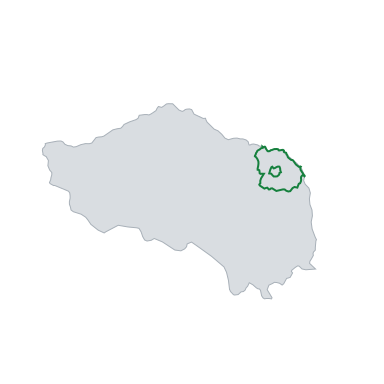 location of Baranya within Hungary, rotated 219°
{"feature_id": "HUN-3155", "entity_name": "Baranya", "entity_type": "County", "adm_level": 1, "iso_a3": "HUN", "parent_name": "Hungary", "parent_adm1": "", "projection": "albers", "projection_center": [18.29, 46.076], "detail": "fine", "context": "in_parent", "style": "outline", "palette": "green", "viewbox_px": 384, "rotation_deg": 219, "n_neighbors": 0, "source": "natural_earth", "source_scale": "10m", "svg_char_len": 4319}
<svg xmlns="http://www.w3.org/2000/svg" viewBox="0 0 384 384"><g transform="rotate(219 192 192)"><path d="M303.6,109.9L307.6,109.2L307.7,109.3L308.7,109.6L309.5,112.5L310.7,114.5L311.7,117.0L313.2,118.9L316.4,119.5L320.5,121.7L323.4,126.1L327.5,127.7L327.7,127.8L328.5,127.5L331.4,127.2L332.0,128.1L334.4,130.1L335.4,132.0L335.0,134.1L335.6,136.4L336.5,137.2L335.5,138.8L328.5,147.0L325.8,149.2L323.8,149.7L320.8,149.1L317.7,149.9L315.0,151.7L312.4,152.3L310.5,154.4L308.2,158.8L305.3,162.5L302.2,164.9L300.7,167.0L300.8,173.9L299.2,175.9L296.9,178.1L295.7,179.9L292.6,190.5L290.0,194.0L287.5,196.7L287.2,199.1L287.3,201.8L284.6,207.3L281.0,213.1L280.3,215.4L281.3,218.4L277.7,222.2L275.6,223.9L273.9,224.8L272.9,227.1L271.2,232.6L271.8,235.0L271.9,237.3L268.8,238.7L268.0,241.2L267.3,244.3L266.0,245.7L262.5,248.4L253.6,247.5L250.3,248.5L249.4,250.3L249.2,251.8L248.1,253.2L246.2,255.0L244.1,255.8L239.4,253.8L229.6,256.2L227.9,257.8L226.5,256.8L224.3,255.8L214.3,254.8L210.4,255.9L205.2,255.6L200.3,254.6L196.7,255.5L193.6,259.8L192.0,261.3L190.8,262.3L188.0,263.6L185.8,265.3L182.7,266.5L180.0,266.4L177.4,264.5L176.5,265.0L175.7,266.7L174.3,268.1L170.4,270.0L169.4,269.9L169.2,269.9L166.3,271.3L161.4,272.0L158.9,271.5L154.5,277.5L153.1,278.6L148.9,280.4L145.4,281.3L142.4,280.6L141.3,280.5L128.0,280.2L121.1,278.9L116.7,276.6L113.8,273.9L112.4,271.1L109.0,269.3L103.6,268.6L99.4,265.7L96.5,260.6L92.5,256.5L87.4,253.5L83.4,249.2L80.5,243.7L75.3,238.8L67.6,234.3L65.3,233.3L64.9,231.9L61.2,226.4L59.6,224.4L59.8,221.7L59.1,220.2L57.8,219.1L57.1,215.2L56.8,212.4L55.7,210.5L47.5,209.9L54.6,203.2L58.1,201.4L62.0,201.8L63.3,201.2L63.7,200.2L64.4,198.0L64.8,195.9L65.2,193.9L64.8,192.8L62.9,192.4L62.0,187.5L63.1,185.7L64.1,184.4L63.0,178.4L63.4,176.4L66.5,176.2L69.1,175.0L71.2,173.6L71.8,171.7L73.6,168.0L72.1,163.4L63.3,160.2L62.9,159.0L65.0,157.8L67.2,156.0L68.5,154.6L70.2,154.4L72.6,155.2L76.8,158.6L78.4,159.1L80.0,158.2L81.7,158.0L86.4,158.2L90.4,157.5L89.5,153.9L89.6,151.3L89.0,149.3L89.4,147.0L91.0,145.3L91.6,141.3L94.1,138.7L95.2,138.3L99.6,138.9L100.6,139.6L101.3,139.7L108.1,146.3L114.6,151.3L120.0,153.9L127.9,154.1L136.3,154.3L150.3,153.5L160.8,152.8L161.5,151.6L163.1,148.6L161.8,146.1L161.9,143.2L163.6,139.3L168.8,136.1L183.6,134.6L192.1,132.1L193.3,128.8L196.1,125.6L198.6,124.9L202.2,126.3L206.5,129.0L210.3,130.4L212.4,129.4L219.8,124.5L228.4,119.7L233.9,106.9L234.5,104.9L240.9,103.3L250.2,103.2L255.1,104.7L258.7,105.5L264.1,105.0L271.8,102.0L274.7,101.9L277.0,103.8L279.5,105.3L281.2,107.3L282.6,110.1L283.3,111.1L284.5,112.5L286.5,114.4L288.5,114.9L302.8,110.7L303.6,109.9Z" fill="#d9dde1" stroke="#a8b0b8" stroke-width="1"/><path d="M123.4,280.1L123.4,279.8L122.5,278.3L121.2,277.4L115.9,275.7L114.9,275.6L114.5,275.4L114.5,275.0L115.7,275.1L116.7,274.5L116.8,272.7L116.1,271.4L114.9,270.3L114.0,268.7L113.5,266.8L114.2,265.6L112.9,261.7L115.5,260.4L116.3,258.4L116.2,254.5L117.5,253.0L119.5,252.3L121.6,252.3L123.0,251.2L127.1,245.9L132.0,245.3L132.9,244.4L133.2,243.0L134.0,242.3L135.1,242.6L136.3,242.7L137.1,241.6L137.9,240.2L143.0,239.7L144.3,240.0L144.5,240.8L144.4,241.8L146.0,243.7L146.9,246.0L147.6,251.4L149.3,250.1L150.0,249.3L151.1,249.1L153.3,251.2L154.1,251.2L155.0,250.6L155.7,251.4L156.9,253.8L158.2,255.9L159.6,257.5L161.8,258.7L164.1,259.4L164.9,259.3L165.7,259.4L166.0,260.1L166.0,261.0L166.7,262.5L166.8,264.0L167.1,264.9L166.8,266.3L166.2,267.5L165.9,269.4L164.9,270.7L165.8,271.6L165.6,271.6L165.0,271.1L164.6,271.8L164.4,272.4L164.2,272.8L163.8,273.1L163.2,273.0L161.5,272.1L159.3,271.4L158.5,271.5L157.5,272.5L157.3,272.8L157.2,273.6L157.1,274.0L156.4,274.8L155.4,276.6L154.9,277.3L153.0,278.9L151.8,279.4L150.9,278.9L150.1,279.4L148.6,281.3L147.8,282.0L147.5,282.0L147.2,282.1L146.9,282.0L146.6,282.0L145.8,281.0L145.1,281.0L144.4,281.4L143.6,281.7L142.9,281.4L142.1,280.6L141.1,280.6L139.8,279.6L138.9,279.3L135.3,279.3L134.9,279.4L134.2,280.0L133.7,280.1L133.2,280.1L128.6,278.8L125.5,278.8L124.8,278.8L124.4,279.0L124.2,279.5L123.9,280.0L123.4,280.1ZM145.5,262.2L145.9,261.4L145.3,258.9L143.7,255.0L141.9,256.1L140.2,255.7L138.3,255.5L136.6,256.8L135.6,257.9L135.2,260.4L136.0,261.8L135.3,263.3L136.8,264.2L138.5,265.9L140.0,266.7L141.2,265.9L142.0,264.6L142.5,263.1L143.3,261.8L144.1,261.8L145.5,262.2Z" fill="none" stroke="#15803d" stroke-width="2"/></g></svg>